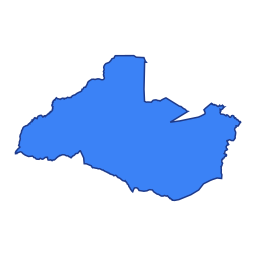 outline of Asutifi North, Brong Ahafo, Ghana
{"feature_id": "2480657B98266466330064", "entity_name": "Asutifi North", "entity_type": "district", "adm_level": 2, "iso_a3": "GHA", "parent_name": "Ghana", "parent_adm1": "Brong Ahafo", "projection": "albers", "projection_center": [-2.56, 7.077], "detail": "fine", "context": "isolated", "style": "filled", "palette": "blue", "viewbox_px": 256, "rotation_deg": 0, "n_neighbors": 0, "source": "geoboundaries", "source_scale": "gbopen_adm2", "svg_char_len": 5813}
<svg xmlns="http://www.w3.org/2000/svg" viewBox="0 0 256 256"><path d="M145.2,60.9L143.9,57.6L136.2,57.2L133.8,55.6L115.5,55.7L114.7,56.3L114.2,57.9L111.9,58.8L110.8,60.6L109.1,62.4L105.9,63.6L104.9,64.6L104.1,65.9L103.7,67.3L104.2,69.8L103.7,70.8L103.4,71.7L104.0,72.7L103.4,74.9L103.9,75.7L103.8,76.4L104.4,77.7L104.3,78.5L103.7,79.2L103.2,79.6L102.1,79.8L101.1,79.6L99.1,78.9L97.4,78.9L95.0,79.5L93.8,79.2L91.7,79.3L91.0,79.8L89.1,81.0L88.1,81.9L87.4,83.3L87.3,84.1L86.8,84.8L86.6,85.5L85.9,86.3L85.7,87.2L85.4,87.3L84.4,87.2L83.8,87.5L83.2,88.8L82.4,89.3L82.0,89.3L81.7,90.8L80.4,91.8L79.6,92.0L77.0,93.3L74.9,94.9L74.2,95.0L72.3,95.8L71.1,97.5L70.5,97.5L70.3,97.3L69.4,97.7L68.7,97.6L67.5,97.3L66.2,98.3L64.8,98.3L64.5,99.0L64.1,99.0L63.3,98.2L62.2,98.2L61.4,98.8L60.9,98.8L60.2,99.4L59.0,98.9L57.7,98.8L56.5,97.9L56.4,98.2L55.9,98.2L55.0,99.7L54.7,99.7L54.7,100.2L54.1,100.2L53.5,100.5L53.2,101.3L53.3,101.8L52.9,101.8L52.5,102.3L52.7,102.7L52.4,104.0L52.5,104.3L51.9,104.9L51.9,105.6L52.1,106.1L52.8,106.4L53.0,106.8L52.6,107.6L52.5,108.1L52.8,108.3L52.6,109.3L52.3,109.5L52.5,110.1L51.4,111.5L51.0,111.6L50.8,111.9L50.6,111.7L50.5,111.9L50.2,111.9L49.7,112.6L49.8,112.9L49.5,113.1L49.2,113.0L48.8,113.9L48.3,113.8L48.0,114.1L47.7,114.2L46.3,115.7L45.4,115.7L45.2,116.1L45.1,115.8L44.3,115.8L43.7,116.5L43.2,116.6L43.0,117.0L42.7,117.0L41.8,115.7L41.2,115.3L40.1,115.4L38.3,116.1L37.3,117.5L37.3,118.3L37.1,118.6L36.7,118.3L36.4,118.4L36.2,118.2L35.7,118.3L35.2,118.0L35.1,117.7L34.8,117.7L34.4,118.3L34.2,118.3L33.8,119.2L33.1,119.5L33.0,120.1L32.7,120.1L32.9,120.3L32.3,120.7L32.3,120.9L32.2,120.8L31.4,121.1L30.9,122.2L30.0,122.8L29.4,123.5L29.5,123.7L29.0,123.7L28.2,124.4L27.7,125.3L27.2,125.5L26.0,125.7L25.3,126.2L24.4,126.5L23.6,127.1L22.7,128.3L22.7,128.9L21.6,130.8L21.4,132.5L20.1,135.3L20.2,136.1L19.9,136.6L20.3,138.6L20.0,140.2L19.4,141.7L19.3,144.0L18.6,145.4L18.7,145.7L19.4,146.2L19.8,146.9L19.8,147.4L18.4,148.4L15.9,151.3L15.9,151.9L15.5,152.2L15.4,152.7L15.5,153.7L17.0,153.5L17.2,152.8L17.6,152.5L18.1,152.6L20.3,151.7L21.7,152.2L23.0,153.6L25.2,155.1L28.6,156.5L32.4,156.1L33.3,156.7L33.9,157.6L35.0,157.7L36.2,159.0L37.1,159.2L39.1,159.3L40.2,158.3L41.9,159.1L42.6,159.2L43.2,159.0L45.3,157.4L47.3,157.2L47.5,157.3L47.5,158.3L48.1,160.0L49.3,160.1L50.4,159.7L50.9,159.9L51.3,160.5L51.9,160.3L52.4,160.6L53.3,159.9L54.4,159.9L55.4,159.1L55.9,158.5L56.3,158.3L56.8,157.6L57.7,157.1L58.0,156.6L59.3,156.0L59.6,155.5L60.6,155.6L61.2,155.1L62.6,154.7L64.5,154.8L66.4,155.8L67.9,155.8L68.8,156.6L69.8,156.9L70.4,157.5L71.1,157.8L72.7,156.0L73.6,155.7L74.7,154.8L75.7,153.6L77.2,153.4L77.9,153.1L79.9,150.8L80.4,150.8L83.7,157.9L84.2,163.7L86.4,163.8L91.3,165.8L91.8,166.6L91.9,167.0L92.7,167.8L93.6,167.6L94.9,168.0L96.9,168.3L98.2,168.8L99.8,168.7L102.2,170.0L103.2,170.0L103.4,170.5L104.5,170.8L105.0,171.4L106.1,171.7L107.1,172.3L107.9,172.4L108.2,173.0L109.1,173.1L109.4,173.4L109.6,173.8L110.2,173.8L110.7,174.2L112.9,174.8L113.7,175.7L115.8,175.3L116.7,176.0L117.2,176.8L117.6,176.9L117.9,177.5L119.4,178.0L120.2,178.5L122.5,180.5L124.5,181.1L125.1,180.7L125.4,181.4L125.9,181.6L126.2,182.2L126.7,182.4L127.3,184.0L127.9,184.3L128.4,184.9L128.9,186.4L129.7,187.7L130.0,188.0L130.5,189.2L130.9,189.6L131.6,190.8L132.7,191.8L133.5,189.7L134.4,188.0L136.2,187.7L137.7,188.3L139.1,190.5L143.9,191.2L147.0,190.8L149.2,189.7L150.2,189.7L152.5,190.0L153.6,191.7L154.6,192.4L157.1,194.1L158.6,194.4L161.0,195.9L161.8,196.1L163.5,196.0L164.3,195.5L166.4,196.1L167.5,195.8L168.9,197.5L169.8,197.8L169.8,198.5L171.0,198.8L171.4,199.5L172.0,199.9L172.3,199.8L172.4,200.2L174.6,200.4L178.9,199.6L190.9,194.7L198.7,190.0L203.5,183.8L210.3,180.4L212.8,179.4L217.1,178.0L221.6,178.5L221.9,174.8L221.2,173.0L221.3,169.3L221.1,168.1L221.3,167.0L221.0,166.4L221.8,165.8L222.2,164.1L222.6,163.4L222.5,162.9L221.8,162.2L221.8,159.9L222.6,159.4L222.4,159.2L222.5,158.8L223.1,158.3L224.0,158.0L224.5,156.9L225.0,156.6L225.4,155.9L225.7,155.7L226.1,156.1L226.3,156.0L226.5,155.3L226.1,155.0L226.3,154.5L224.2,153.6L224.7,152.9L225.0,151.1L225.7,150.4L226.8,150.1L227.4,149.3L226.9,148.6L226.4,148.2L226.1,146.7L227.0,145.2L228.0,145.0L228.6,144.6L228.2,144.2L228.3,143.9L228.0,143.6L228.0,143.3L227.6,143.0L227.6,142.0L227.1,141.6L226.9,140.9L227.0,140.6L227.3,140.5L227.5,140.7L229.4,139.7L230.5,140.0L231.2,140.5L233.3,140.6L234.5,139.3L234.5,138.8L235.2,138.1L235.1,136.3L235.4,135.3L235.7,132.9L235.6,132.0L234.8,130.2L234.6,129.3L234.9,128.1L236.1,127.3L236.0,125.9L236.6,125.8L237.4,126.1L238.1,126.0L239.7,123.5L239.9,122.8L240.6,122.5L240.6,122.0L240.2,121.5L239.2,121.5L238.5,120.9L238.3,120.3L237.2,119.5L236.6,119.6L235.5,117.8L234.7,117.8L234.5,118.0L234.2,117.3L234.1,116.8L233.8,116.7L233.7,116.0L233.2,115.7L232.8,115.5L231.6,115.7L230.6,117.3L229.6,117.2L229.1,116.5L227.6,115.1L226.6,114.9L226.3,115.1L226.0,115.8L223.9,114.5L222.4,114.2L220.9,114.2L220.2,112.9L220.3,112.6L220.0,112.1L220.7,111.3L220.3,110.5L220.6,110.5L220.4,109.6L220.8,109.9L220.8,109.6L221.3,109.7L222.5,109.0L222.9,108.6L222.9,108.3L224.1,107.2L223.6,107.3L223.3,106.9L223.5,106.2L222.4,105.2L222.0,105.7L220.0,106.0L219.4,105.9L219.4,105.5L218.3,106.5L217.9,106.5L216.9,105.9L216.7,105.5L215.7,105.0L215.3,105.0L214.9,104.8L214.4,105.0L214.3,104.7L213.9,104.9L213.1,104.4L212.5,104.5L212.3,104.0L211.9,104.1L211.7,103.8L211.9,103.6L211.4,103.3L205.3,108.4L203.9,109.9L204.5,110.5L204.6,111.6L205.1,112.2L205.1,113.2L204.8,114.0L201.0,116.0L198.4,117.1L179.9,120.9L170.2,122.2L187.9,111.4L187.0,111.2L185.0,109.2L183.6,108.6L181.0,106.5L179.4,106.2L166.0,97.9L165.3,98.1L162.4,99.5L160.0,101.0L159.0,100.5L157.9,100.6L156.7,100.0L155.4,99.9L153.8,100.1L153.0,100.4L151.3,102.2L147.7,102.0L146.4,102.2L144.5,101.3L144.0,89.3L144.6,62.1L146.2,62.2L145.2,60.9Z" fill="#3b82f6" stroke="#1e3a8a" stroke-width="1.5"/></svg>